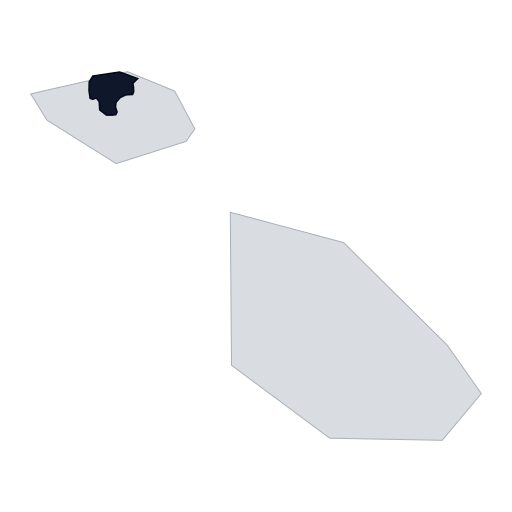 Malta, with Żebbuġ highlighted
{"feature_id": "MLT-5977", "entity_name": "Żebbuġ", "entity_type": "state/province", "adm_level": 1, "iso_a3": "MLT", "parent_name": "Malta", "parent_adm1": "", "projection": "mercator", "projection_center": [14.249, 36.061], "detail": "fine", "context": "in_parent", "style": "filled", "palette": "ink", "viewbox_px": 512, "rotation_deg": 0, "n_neighbors": 0, "source": "natural_earth", "source_scale": "10m", "svg_char_len": 634}
<svg xmlns="http://www.w3.org/2000/svg" viewBox="0 0 512 512"><path d="M481.3,393.5L442.2,440.3L329.7,438.2L231.5,365.3L230.3,212.3L343.6,242.6L447.2,345.1L481.3,393.5ZM186.2,141.3L116.2,163.6L46.9,120.1L30.7,93.9L127.5,71.7L174.7,91.1L194.8,128.8L186.2,141.3Z" fill="#d9dde1" stroke="#a8b0b8" stroke-width="1"/><path d="M92.8,76.0L119.7,72.0L137.7,78.6L132.9,83.3L133.5,87.0L133.7,91.8L132.6,94.5L125.7,94.9L120.2,97.6L116.0,102.4L115.5,107.2L117.1,112.0L115.8,114.7L112.7,115.1L106.4,115.1L99.7,109.9L99.2,101.7L96.4,98.0L92.6,99.3L90.1,98.3L89.0,90.8L89.2,81.9L92.8,76.0Z" fill="#0f172a" stroke="#020617" stroke-width="1.5"/></svg>